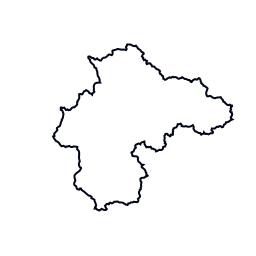 Antabamba, Apurímac, Peru, rotated 129°
{"feature_id": "86281439B67377486852449", "entity_name": "Antabamba", "entity_type": "district", "adm_level": 2, "iso_a3": "PER", "parent_name": "Peru", "parent_adm1": "Apurímac", "projection": "albers", "projection_center": [-72.759, -14.434], "detail": "fine", "context": "isolated", "style": "outline", "palette": "ink", "viewbox_px": 256, "rotation_deg": 129, "n_neighbors": 0, "source": "geoboundaries", "source_scale": "gbopen_adm2", "svg_char_len": 5730}
<svg xmlns="http://www.w3.org/2000/svg" viewBox="0 0 256 256"><g transform="rotate(129 128 128)"><path d="M58.4,53.5L57.8,53.1L57.0,53.1L55.7,52.3L55.8,53.3L55.5,54.4L55.1,54.8L54.7,55.0L53.9,54.8L51.7,55.7L51.2,56.3L51.2,56.7L50.5,57.4L51.1,58.2L50.9,59.0L50.1,59.4L48.7,59.5L48.3,60.5L47.1,60.7L46.7,61.3L45.6,60.9L45.1,61.3L45.9,62.8L45.8,63.6L47.1,64.4L47.5,65.1L47.5,68.0L47.1,68.6L47.5,70.7L46.6,71.5L46.6,72.2L46.1,74.6L45.7,75.3L48.7,78.3L50.2,79.2L51.2,81.7L51.0,83.0L51.5,84.6L53.1,85.7L53.5,86.5L52.6,88.4L51.2,89.6L47.2,91.0L47.0,91.6L47.2,95.4L47.7,95.9L47.1,96.9L47.2,99.2L46.6,99.4L46.1,100.8L45.2,101.7L44.4,103.7L44.8,104.4L47.0,104.8L47.5,105.6L47.8,106.7L50.0,107.6L52.3,107.5L52.6,108.6L52.0,109.1L52.3,109.9L52.1,110.5L52.9,111.5L53.2,113.3L54.2,114.9L54.4,117.9L55.6,118.0L56.3,118.8L57.2,119.0L57.8,119.6L58.1,120.1L58.2,122.3L58.7,123.4L59.8,124.4L60.0,125.3L60.7,125.6L61.1,126.1L61.9,126.1L62.4,127.5L64.7,128.6L66.1,128.8L67.3,129.7L67.3,131.1L67.5,131.6L66.3,132.6L65.7,133.5L66.0,134.6L65.7,135.0L65.4,136.1L65.8,137.0L64.7,138.7L63.7,138.9L63.5,139.7L63.7,141.9L64.3,142.8L63.8,146.4L65.0,148.0L64.1,149.6L64.2,150.8L63.8,151.2L64.1,152.0L65.1,152.9L66.5,153.5L66.3,154.2L65.7,154.8L64.0,155.3L64.4,156.1L64.1,157.7L65.2,158.3L64.7,159.3L64.7,160.0L63.8,160.4L63.7,162.2L61.4,162.8L60.4,162.5L59.8,163.4L60.3,165.5L59.7,167.4L60.0,170.2L59.8,170.9L59.3,171.4L59.4,173.0L59.1,173.7L59.7,173.8L60.9,175.3L61.5,178.4L63.4,181.1L63.8,181.2L64.5,180.7L66.4,180.6L67.2,179.0L67.8,178.6L68.7,178.6L69.3,180.1L71.4,182.7L73.1,185.8L74.6,186.6L77.5,188.7L77.9,188.7L79.4,187.1L80.7,186.4L81.5,186.4L82.7,188.8L83.1,189.2L86.0,189.5L87.6,190.0L88.8,191.2L90.3,191.7L92.7,191.5L93.2,192.3L93.6,195.2L93.4,195.8L93.8,196.1L95.1,196.3L95.6,196.8L95.8,197.5L95.4,198.4L95.5,199.2L96.3,200.1L96.3,201.9L96.7,203.1L97.5,203.7L98.5,203.0L99.0,200.2L99.5,200.0L100.4,198.4L100.6,194.5L101.0,193.4L102.0,192.3L101.6,190.2L102.1,189.8L103.9,186.9L104.6,186.5L106.6,184.1L107.2,182.1L108.0,180.9L108.4,180.3L109.8,179.3L110.2,178.2L112.5,180.7L113.8,181.5L114.6,181.6L116.5,181.2L117.3,180.7L119.3,178.9L120.5,178.1L121.1,176.9L123.5,177.4L124.7,176.8L124.6,178.6L125.2,179.9L124.5,181.6L124.9,184.4L125.9,184.5L127.2,185.2L130.0,184.8L130.9,184.9L131.2,185.4L131.3,186.2L132.5,187.2L135.2,184.8L137.1,184.2L138.5,184.3L139.2,183.7L140.0,183.8L141.5,182.4L142.8,182.2L143.9,182.6L145.0,182.5L145.9,182.9L146.1,183.4L147.4,184.2L150.3,184.3L150.8,184.9L151.6,185.4L151.7,186.8L152.4,186.9L153.0,187.5L152.3,190.4L154.0,191.8L153.9,192.8L154.1,193.0L154.6,193.0L156.2,191.6L155.8,190.6L155.9,189.9L157.6,187.0L161.6,184.8L163.1,184.8L163.8,184.1L165.5,183.9L167.8,182.7L169.6,182.2L171.0,182.9L172.8,183.2L173.4,182.8L173.8,181.8L174.3,181.5L178.9,181.8L179.4,181.4L180.4,180.1L181.7,180.9L182.7,178.7L183.0,177.0L183.4,176.5L183.4,175.6L183.0,174.3L183.0,172.4L183.8,169.9L183.9,168.0L182.4,166.9L182.0,164.3L180.9,164.1L180.3,163.2L178.9,162.4L178.7,160.5L178.0,159.4L176.7,158.8L175.2,156.7L174.6,155.4L176.5,154.2L176.8,151.8L178.1,150.2L179.1,149.7L179.5,149.1L182.0,147.4L184.3,144.5L186.5,143.8L187.8,142.7L188.7,140.8L188.5,139.5L188.7,139.2L191.6,138.6L195.8,139.7L197.9,139.8L198.9,139.5L200.3,138.2L201.9,135.9L204.8,135.1L205.9,134.1L206.1,133.4L205.9,131.7L207.4,129.5L207.4,129.1L206.6,127.0L205.9,126.9L205.4,127.3L204.7,126.7L205.3,124.8L205.1,121.7L205.3,116.9L205.2,115.8L204.6,115.0L204.4,113.0L205.6,112.3L204.9,109.7L204.9,108.9L205.7,108.1L207.2,105.4L208.5,103.8L209.9,103.9L211.6,103.2L210.5,102.2L210.9,101.3L210.7,100.0L210.2,99.2L210.3,98.5L208.9,97.9L207.5,97.7L206.8,95.2L206.0,94.0L205.2,93.5L204.3,93.5L203.9,95.0L203.0,96.9L200.3,96.7L199.9,96.2L199.4,94.9L199.0,94.8L197.9,95.3L197.2,94.8L196.8,93.2L195.7,92.5L194.0,92.3L193.1,91.2L192.6,90.9L192.2,90.1L191.6,89.7L191.3,87.8L190.0,86.3L189.1,84.3L189.2,83.3L188.8,82.0L189.0,81.5L188.4,80.8L188.1,79.9L186.3,80.3L185.5,79.2L184.1,79.0L182.8,77.5L181.5,77.0L181.1,75.9L180.4,75.2L179.9,74.2L178.7,73.9L177.4,74.6L176.7,75.7L175.2,75.4L173.6,75.5L172.8,76.5L172.7,76.9L171.6,78.6L170.6,79.3L168.6,79.6L168.4,80.0L167.3,79.6L166.2,80.7L165.0,81.0L163.8,82.3L161.8,83.3L161.5,83.7L161.6,84.5L159.7,86.4L158.3,86.1L156.2,84.0L154.7,83.8L154.3,83.4L153.7,83.7L153.1,82.7L152.7,82.7L152.5,84.6L151.3,85.5L151.2,86.5L150.3,87.5L149.8,89.0L149.8,92.7L149.0,93.3L147.0,93.0L148.0,94.8L147.4,96.7L147.6,98.7L146.1,100.7L144.7,101.5L144.5,103.2L146.8,106.5L146.8,107.2L146.3,107.4L145.0,109.9L144.7,110.0L143.1,109.0L141.3,109.3L139.5,110.0L138.4,109.5L137.2,111.3L135.9,111.3L133.6,110.2L133.0,109.0L132.9,108.1L132.0,108.6L131.5,108.5L129.9,107.9L128.2,106.8L130.2,104.9L131.4,101.5L130.1,100.6L129.8,99.6L128.4,98.7L128.4,98.0L129.2,96.7L128.1,95.0L128.1,94.2L127.7,93.2L127.9,92.2L128.5,91.5L126.2,90.2L125.2,90.0L124.6,88.8L124.0,88.4L123.8,88.0L122.6,87.7L121.4,88.2L120.7,88.8L119.7,88.2L119.3,87.6L117.1,88.1L116.6,88.4L116.7,89.9L115.4,90.3L115.4,91.2L115.0,91.8L112.8,93.1L111.2,94.8L110.0,94.7L109.0,95.2L107.8,93.7L108.3,92.6L108.0,91.4L108.1,90.1L107.6,89.9L107.0,90.4L106.1,90.5L105.4,89.1L105.0,88.9L103.9,89.7L103.5,90.4L102.5,90.5L102.2,91.1L100.8,92.1L100.1,91.9L99.4,92.3L98.2,91.7L97.6,91.1L96.8,90.9L94.9,91.2L93.7,91.8L93.0,90.7L91.5,89.8L91.7,88.5L92.8,87.5L91.5,85.3L90.0,84.1L89.8,83.2L89.2,82.0L88.1,80.9L86.7,80.0L85.0,79.4L85.4,78.6L85.6,77.8L87.4,76.6L88.4,73.8L87.9,72.9L87.4,70.0L86.4,68.5L87.1,67.3L87.1,66.9L85.8,66.5L84.7,65.5L83.6,66.2L83.9,64.0L82.8,63.0L82.2,61.4L80.2,60.6L78.8,59.0L77.5,59.5L77.2,61.8L75.6,62.5L73.8,60.2L71.2,59.8L70.3,58.4L69.3,58.3L68.5,57.6L68.2,56.6L68.4,55.6L67.3,54.8L65.0,55.5L63.7,54.9L61.8,55.4L61.2,54.6L59.7,53.7L58.4,53.5Z" fill="none" stroke="#020617" stroke-width="2"/></g></svg>